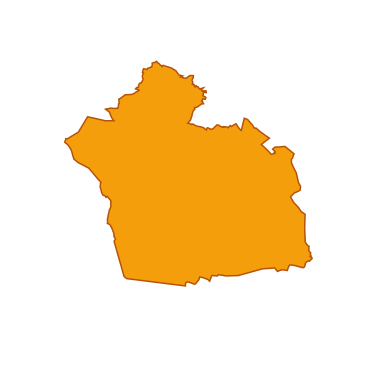 Awka South, Anambra, Nigeria, rotated 115°
{"feature_id": "59680162B42338651294858", "entity_name": "Awka South", "entity_type": "district", "adm_level": 2, "iso_a3": "NGA", "parent_name": "Nigeria", "parent_adm1": "Anambra", "projection": "robinson", "projection_center": [7.051, 6.191], "detail": "fine", "context": "isolated", "style": "filled", "palette": "amber", "viewbox_px": 384, "rotation_deg": 115, "n_neighbors": 0, "source": "geoboundaries", "source_scale": "gbopen_adm2", "svg_char_len": 5803}
<svg xmlns="http://www.w3.org/2000/svg" viewBox="0 0 384 384"><g transform="rotate(115 192 192)"><path d="M279.9,158.2L277.2,159.4L275.2,158.1L274.8,154.7L274.6,151.0L274.0,150.1L268.6,148.7L265.7,149.2L264.9,145.2L264.6,140.6L265.4,138.3L259.4,138.8L257.3,133.5L255.8,133.2L253.6,125.5L248.2,114.8L231.8,95.6L225.9,84.9L227.9,81.0L226.4,79.6L225.2,78.5L223.9,76.2L222.9,72.5L221.5,72.6L220.1,72.8L216.8,72.7L215.5,69.2L213.8,59.5L212.6,58.5L211.0,58.5L208.6,59.1L207.0,58.7L205.2,57.2L204.9,57.0L205.0,56.3L204.2,56.1L203.0,55.6L202.6,55.5L202.2,55.1L201.0,55.3L200.8,56.8L200.7,57.2L200.5,57.8L199.8,57.5L199.6,57.1L199.3,57.4L198.5,58.5L197.4,58.5L196.8,59.0L196.5,60.0L195.9,61.0L194.8,62.0L194.1,61.9L193.0,62.6L191.8,62.9L191.5,64.9L189.5,68.2L176.7,74.8L164.4,80.1L163.6,84.8L161.0,89.1L158.6,95.2L154.8,100.6L149.9,99.0L144.9,94.8L141.1,95.9L138.4,99.5L130.6,105.6L126.3,111.0L123.5,114.2L120.4,115.7L118.4,115.2L116.4,115.6L114.3,115.6L111.4,127.0L112.7,129.3L114.2,131.7L116.2,135.7L119.1,137.1L120.4,133.6L121.3,134.1L121.7,133.2L123.3,134.7L124.3,136.2L122.2,141.3L121.5,143.6L120.6,146.1L119.7,149.3L116.1,147.5L110.5,144.6L109.9,148.5L109.1,152.5L108.6,155.5L107.0,161.1L107.8,162.3L105.8,165.5L102.8,172.2L103.0,175.8L109.2,174.6L115.4,173.3L115.4,173.6L114.9,175.0L114.4,176.2L113.8,177.3L113.3,178.3L112.8,179.1L112.5,179.4L111.8,180.5L111.6,180.9L112.7,181.9L113.1,182.0L113.7,182.6L115.4,183.6L115.9,183.8L115.6,185.4L117.1,186.0L118.6,186.5L118.4,187.0L118.3,187.3L118.3,187.7L118.5,188.4L119.0,189.7L119.4,190.9L119.9,190.5L120.2,191.2L120.3,192.6L120.5,192.7L120.5,193.0L120.6,194.0L120.1,195.6L120.6,197.7L125.7,199.7L126.6,200.3L127.1,201.4L127.1,202.6L127.1,204.2L127.2,204.7L127.5,205.4L129.7,205.2L129.4,207.0L129.0,208.2L129.1,208.7L128.8,208.9L128.9,209.6L129.3,211.3L129.6,213.3L129.9,213.9L130.0,214.4L130.2,215.0L130.3,215.9L130.2,216.7L130.3,217.7L130.2,218.3L130.0,218.8L130.0,219.4L130.1,219.9L130.3,220.6L131.0,220.7L131.0,221.4L130.9,222.1L131.4,225.0L130.6,224.7L129.6,224.4L128.4,223.9L127.2,223.8L126.4,223.9L125.8,224.0L124.4,224.2L123.5,224.2L123.0,224.2L121.6,224.7L118.0,225.2L117.0,224.9L115.9,224.4L115.2,224.9L114.9,225.4L114.4,225.4L114.3,224.8L112.9,223.3L111.6,222.4L109.0,221.0L108.5,220.8L108.2,220.6L107.1,218.8L106.7,219.2L106.6,220.3L106.0,220.6L105.2,220.8L105.3,221.7L104.2,221.7L102.8,221.5L102.9,221.0L102.7,220.4L102.5,219.4L102.4,219.2L100.7,219.2L100.2,220.2L100.2,220.8L100.3,222.2L100.0,223.0L99.3,223.1L98.9,222.9L97.7,223.5L97.1,223.4L96.7,223.5L96.2,222.2L95.9,221.1L95.0,221.6L94.6,222.0L95.0,222.2L94.9,222.4L94.6,222.5L95.0,223.3L95.4,224.2L95.6,224.7L96.1,224.9L96.2,225.0L96.2,225.5L95.4,226.9L95.1,226.7L94.3,226.3L93.4,225.9L92.8,225.7L93.2,226.2L94.1,227.1L95.0,228.1L95.4,228.6L94.9,229.6L94.6,230.2L94.8,230.4L94.1,231.0L94.2,231.7L94.2,232.1L94.3,232.4L94.2,232.5L93.9,233.3L94.3,233.5L95.3,233.3L95.5,233.7L95.4,234.0L95.2,234.3L94.4,235.4L94.2,235.5L93.7,235.5L93.8,236.5L94.2,237.0L94.3,237.2L93.9,237.3L93.0,237.5L92.3,237.6L91.8,237.9L91.2,238.8L90.8,239.2L90.3,239.3L89.2,239.3L88.2,239.2L87.7,239.3L87.0,239.5L85.9,240.0L87.1,242.6L87.3,243.1L88.5,243.9L90.1,244.7L91.2,245.2L91.7,246.2L92.1,247.1L92.2,249.8L92.8,251.2L92.6,251.2L92.3,251.0L91.4,250.1L90.8,249.6L90.9,250.2L91.0,251.4L91.3,252.3L91.5,253.3L91.2,253.9L90.1,255.8L89.1,257.6L88.8,258.0L88.9,258.3L88.7,259.4L88.9,259.7L88.8,259.9L88.5,261.1L88.3,262.9L89.4,271.5L89.7,272.0L91.0,272.1L90.7,273.0L90.4,273.5L90.4,274.0L89.7,275.8L89.5,276.3L89.6,276.7L89.5,277.6L88.6,278.9L88.5,279.2L88.9,279.6L89.9,280.0L90.4,280.4L90.4,280.9L90.7,281.2L91.0,281.5L92.1,282.6L93.3,281.8L94.2,281.6L95.7,281.5L95.9,281.4L96.2,282.1L96.5,282.5L97.2,282.9L98.5,284.4L99.9,284.5L100.1,284.9L100.3,286.0L100.4,286.8L100.5,287.3L100.8,288.0L101.8,287.9L102.9,287.8L104.6,287.5L104.7,286.2L106.1,286.3L107.8,286.0L108.7,285.6L109.1,285.4L109.7,284.6L110.2,284.2L110.8,283.9L111.2,283.8L111.6,283.9L112.0,284.0L113.1,284.0L113.7,284.0L114.2,284.1L114.6,284.3L114.8,284.4L115.0,284.6L115.0,285.0L116.6,285.6L118.4,285.3L118.7,285.3L119.1,285.1L119.5,285.0L119.9,284.9L120.3,285.5L120.8,286.3L121.1,286.4L122.4,286.8L122.2,284.6L122.1,283.0L122.4,282.9L122.9,283.3L125.4,285.1L127.7,286.6L128.9,287.6L131.9,293.2L132.4,293.9L132.7,293.9L138.0,296.8L138.7,297.6L140.2,296.8L142.0,295.5L142.5,295.4L143.1,295.8L143.4,295.7L145.0,295.1L146.0,294.8L146.9,294.7L147.5,294.7L147.8,294.9L147.8,295.3L147.9,295.7L148.1,295.9L148.3,296.3L148.6,296.9L149.3,298.0L149.5,298.7L149.9,300.0L150.5,301.4L151.2,302.4L152.0,302.7L152.4,303.9L152.6,304.4L153.5,305.4L153.8,304.1L154.3,301.4L154.6,300.5L155.2,299.8L155.7,299.2L156.2,299.0L156.4,298.7L157.2,297.9L158.3,296.6L159.4,295.0L160.3,292.8L164.0,300.5L167.9,318.4L185.9,320.3L189.3,322.7L196.6,327.5L196.7,328.0L196.7,328.5L196.9,328.9L197.5,328.8L199.3,328.5L200.7,328.4L201.0,327.1L201.3,325.7L202.4,323.1L203.4,321.6L204.9,319.3L206.1,318.2L212.1,313.0L213.5,307.6L213.7,302.0L214.0,295.7L215.6,292.1L217.2,288.7L220.0,282.8L221.1,280.2L221.5,278.8L222.1,278.4L222.7,278.6L223.2,278.6L223.5,278.4L224.4,278.0L225.2,277.8L226.1,277.4L226.8,277.0L227.9,275.8L228.8,275.1L229.7,274.5L230.8,273.6L231.2,273.0L232.2,271.8L232.4,271.2L232.5,271.1L232.4,270.3L232.2,269.9L232.3,269.1L232.6,268.7L232.9,268.1L233.2,267.6L231.9,267.1L232.3,265.7L232.8,264.9L233.0,264.5L233.3,263.8L233.8,262.7L234.2,262.0L234.6,261.8L235.0,261.3L235.3,261.3L235.9,261.2L236.3,261.1L236.8,260.7L238.6,259.7L240.7,259.2L241.3,259.3L241.9,259.1L243.3,259.3L245.3,258.7L247.9,258.3L250.6,257.5L253.0,257.0L254.1,256.1L256.3,255.4L256.1,254.3L256.4,252.4L257.1,251.3L257.7,250.9L257.9,250.1L262.5,245.4L264.8,244.1L265.5,243.8L265.9,242.8L267.2,241.4L269.6,241.8L297.2,217.9L298.1,214.6L279.9,158.2Z" fill="#f59e0b" stroke="#b45309" stroke-width="1.5"/></g></svg>